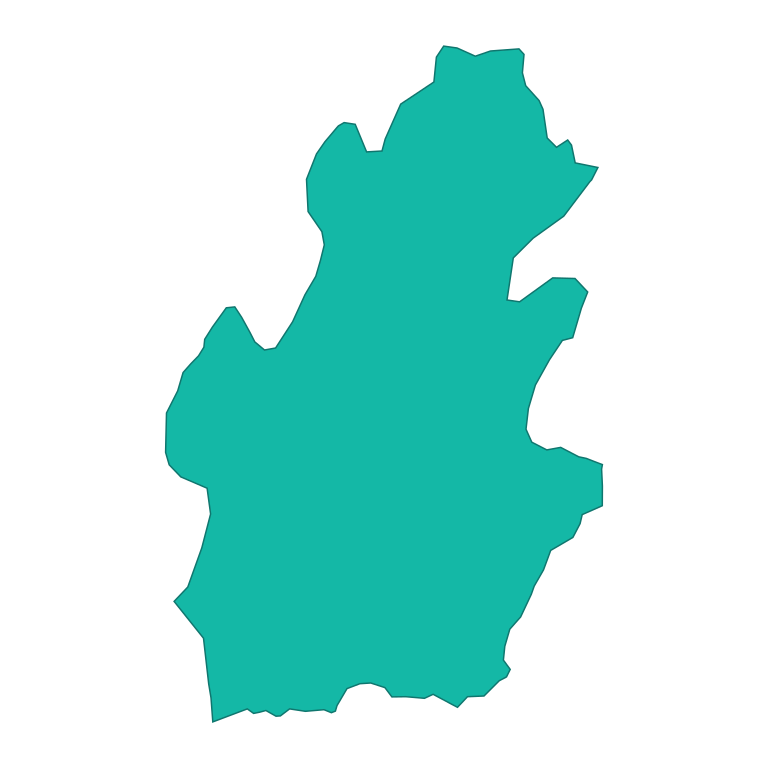 outline of Nkam, Littoral, Cameroon
{"feature_id": "32672807B89475673783386", "entity_name": "Nkam", "entity_type": "district", "adm_level": 2, "iso_a3": "CMR", "parent_name": "Cameroon", "parent_adm1": "Littoral", "projection": "robinson", "projection_center": [10.192, 4.582], "detail": "fine", "context": "isolated", "style": "filled", "palette": "teal", "viewbox_px": 768, "rotation_deg": 0, "n_neighbors": 0, "source": "geoboundaries", "source_scale": "gbopen_adm2", "svg_char_len": 1754}
<svg xmlns="http://www.w3.org/2000/svg" viewBox="0 0 768 768"><path d="M597.9,167.5L583.7,164.6L575.2,162.9L571.5,145.1L567.7,140.0L556.5,147.3L547.2,138.0L543.0,109.3L539.1,100.6L525.7,85.7L522.4,72.8L524.0,54.4L519.0,48.9L490.5,51.0L475.3,56.2L457.1,48.0L443.7,46.1L436.4,57.1L433.9,82.0L400.7,104.1L385.2,139.0L382.0,151.0L366.6,151.9L355.2,124.3L344.1,122.6L338.4,125.9L336.8,127.7L324.9,141.8L316.5,153.9L306.5,179.3L308.1,211.6L321.9,231.7L324.3,244.9L323.3,248.9L320.4,260.6L315.8,276.3L305.0,294.7L292.6,321.8L275.6,348.0L264.5,350.0L254.8,341.9L250.0,332.5L241.7,317.4L234.8,306.9L226.3,307.8L212.4,327.1L204.7,339.3L203.9,347.2L198.5,355.9L190.8,363.8L183.1,372.5L177.7,390.9L166.5,413.0L165.6,452.4L169.2,464.8L180.8,476.9L207.1,488.2L210.6,514.0L201.8,547.9L187.8,587.0L174.1,601.4L203.5,638.2L208.7,683.9L211.0,697.8L212.8,721.9L219.5,719.4L225.8,717.0L247.3,708.9L253.6,713.4L259.2,712.3L265.9,710.5L276.0,716.2L280.4,715.9L289.6,708.9L305.4,711.3L324.0,709.7L331.4,712.7L335.4,711.1L337.0,705.6L347.0,688.6L359.9,683.7L370.7,683.0L384.9,687.6L391.9,696.9L405.8,696.7L424.5,698.3L433.1,694.3L451.6,704.2L457.5,707.3L467.5,696.7L484.0,696.0L499.3,680.7L506.5,676.9L510.2,669.4L503.4,660.1L504.8,646.3L509.8,629.2L514.8,623.5L520.6,617.0L531.3,594.3L534.2,586.1L535.8,583.3L543.5,569.9L550.7,550.4L572.9,537.4L580.1,523.6L582.2,514.6L602.3,505.7L602.4,486.0L601.6,469.1L602.4,464.6L594.5,461.6L586.3,458.4L578.7,456.8L560.7,447.4L546.8,449.9L531.8,442.2L527.4,432.4L526.0,429.2L528.4,408.5L535.4,385.0L549.5,359.7L562.4,340.4L572.7,337.7L581.4,308.1L587.7,292.0L575.0,278.5L552.7,277.9L519.6,301.8L507.0,300.0L513.3,257.9L533.1,238.2L563.8,216.1L589.9,181.6L591.6,179.9L597.9,167.5Z" fill="#14b8a6" stroke="#0f766e" stroke-width="1.5"/></svg>